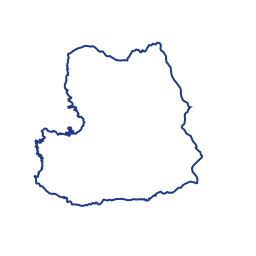 the district of Kota Palopo, Sulawesi Selatan, Indonesia, rotated 199°
{"feature_id": "22746128B54354608226928", "entity_name": "Kota Palopo", "entity_type": "district", "adm_level": 2, "iso_a3": "IDN", "parent_name": "Indonesia", "parent_adm1": "Sulawesi Selatan", "projection": "orthographic", "projection_center": [120.171, -2.987], "detail": "fine", "context": "isolated", "style": "outline", "palette": "blue", "viewbox_px": 256, "rotation_deg": 199, "n_neighbors": 0, "source": "geoboundaries", "source_scale": "gbopen_adm2", "svg_char_len": 5834}
<svg xmlns="http://www.w3.org/2000/svg" viewBox="0 0 256 256"><g transform="rotate(199 128 128)"><path d="M208.6,97.1L208.3,96.6L206.7,95.6L206.2,93.0L203.5,92.1L203.6,91.0L205.4,89.6L205.3,88.9L204.3,88.5L204.2,88.1L204.6,87.6L205.3,87.5L206.6,88.2L207.1,88.3L207.5,88.2L207.4,87.7L206.8,87.5L205.9,86.4L205.7,85.8L206.4,85.4L208.4,85.4L208.9,85.6L209.1,86.2L209.8,86.3L211.1,86.1L211.3,85.7L210.7,84.9L209.5,84.0L210.0,83.7L210.0,83.4L208.8,82.7L208.4,81.9L208.4,81.1L209.0,81.0L209.2,80.4L208.2,80.2L207.4,80.4L206.8,80.2L206.7,79.3L207.5,79.1L206.7,77.5L206.0,77.3L205.9,76.4L205.3,76.1L205.6,75.5L205.5,74.8L205.9,74.2L205.7,73.8L205.3,73.7L204.1,74.4L203.7,74.4L203.2,73.5L203.2,72.4L202.8,72.3L202.5,72.4L202.6,73.8L201.8,74.2L201.1,73.8L201.1,73.5L201.4,73.4L201.3,73.0L200.3,72.5L200.6,72.0L200.5,71.2L200.1,71.2L199.5,72.1L198.8,71.8L198.8,71.2L199.5,69.2L199.3,68.9L198.4,69.0L198.0,68.7L198.1,67.8L197.8,67.6L197.4,65.9L196.3,63.5L196.6,62.1L195.9,61.6L195.8,61.1L196.3,60.6L196.6,59.4L197.1,58.4L197.8,57.7L198.1,56.4L197.4,55.9L197.6,54.5L197.3,52.6L198.1,52.2L198.7,52.1L200.2,52.4L200.5,51.9L198.6,50.2L197.0,46.3L196.6,45.9L196.1,45.8L194.4,46.5L193.3,45.9L192.2,44.6L191.4,44.9L189.2,44.7L188.7,44.2L184.9,42.1L181.2,40.7L177.4,41.1L176.8,41.8L175.1,42.0L170.3,40.9L168.2,40.9L166.1,41.8L166.1,41.2L165.4,40.8L163.4,42.1L162.7,41.7L161.8,38.9L161.3,38.4L160.8,38.4L159.3,39.7L158.4,39.8L157.3,39.2L156.5,37.8L156.1,37.5L155.4,37.6L153.3,38.5L152.4,38.6L151.6,39.0L150.2,38.9L149.1,39.3L147.3,39.1L145.0,39.9L143.8,40.6L143.4,41.2L142.9,41.5L141.3,41.7L140.5,43.0L140.1,43.3L138.1,43.6L137.3,45.4L136.6,45.7L135.8,45.5L134.6,45.8L134.2,46.9L133.7,47.2L132.5,47.0L132.0,46.2L131.6,46.0L130.5,46.3L129.7,47.0L128.8,48.4L128.0,51.7L127.5,52.5L123.9,52.7L122.3,54.1L121.6,54.3L119.9,54.2L119.3,54.8L118.2,55.2L117.5,56.1L115.7,57.1L113.2,58.0L112.8,58.3L111.8,58.4L110.8,59.0L109.6,59.3L105.9,59.5L104.1,59.9L101.6,61.0L99.4,62.7L97.2,62.9L95.4,63.8L94.6,63.8L93.5,64.7L90.9,65.1L89.7,66.1L88.4,65.4L87.8,65.5L87.5,66.0L87.1,65.6L86.7,65.8L86.1,65.6L84.8,66.8L84.6,67.3L85.1,67.9L84.9,68.4L83.9,68.8L83.4,69.3L82.5,71.2L81.4,72.9L80.2,72.7L79.8,73.0L80.2,74.3L79.8,75.2L76.5,78.5L73.9,77.5L73.0,77.5L70.8,79.0L70.4,79.9L69.9,80.3L67.9,80.1L66.5,80.9L65.1,81.1L63.2,83.5L62.6,84.9L60.6,88.0L60.1,88.3L59.2,88.4L58.4,88.9L57.6,91.4L56.1,93.6L51.5,97.7L46.9,98.1L45.5,97.9L44.7,98.4L45.7,102.3L47.1,104.1L47.7,104.7L52.7,107.7L54.5,110.8L53.9,114.0L48.6,124.4L49.0,125.9L50.3,126.4L51.9,128.8L53.5,129.2L57.5,131.2L56.9,132.6L58.5,134.4L62.4,136.7L66.0,140.8L71.0,141.8L73.9,144.5L77.2,145.8L77.5,146.7L77.4,147.9L76.2,150.0L76.2,151.1L76.6,153.6L77.4,156.2L78.1,157.3L78.7,159.6L78.1,161.3L77.1,162.2L76.9,162.8L77.1,164.9L76.5,166.1L76.3,167.7L76.0,168.0L77.5,167.9L79.1,169.7L79.7,171.0L80.9,171.3L83.2,171.6L85.2,172.2L87.0,174.2L89.1,177.2L89.9,180.1L91.5,182.8L97.4,186.9L100.0,188.4L102.7,190.8L104.5,193.1L107.4,199.1L108.2,199.8L109.5,200.4L111.8,202.3L112.7,202.4L114.4,205.4L115.5,208.3L118.6,210.9L120.4,211.8L121.8,212.0L122.3,212.5L123.1,213.4L123.8,216.8L124.7,217.8L125.5,218.4L126.4,218.5L128.3,218.1L128.8,216.2L129.7,215.9L131.8,215.8L132.4,214.8L132.7,213.8L135.2,213.1L135.2,212.1L135.7,211.1L136.0,208.1L136.8,205.8L138.4,206.0L138.6,205.8L139.6,206.2L140.0,205.4L140.0,204.0L140.6,203.8L141.5,203.8L143.0,205.1L145.8,204.9L146.6,203.4L148.9,202.2L149.3,201.0L149.2,200.2L149.9,197.9L150.0,196.0L151.0,194.1L150.9,192.2L150.7,191.7L153.9,190.8L156.6,189.5L159.0,188.8L161.7,188.5L165.8,189.5L166.8,189.4L167.9,190.1L168.5,190.1L170.7,189.1L172.0,189.2L172.9,189.6L176.6,192.1L177.6,192.0L179.0,191.0L180.3,191.2L181.5,191.5L182.6,192.3L185.9,193.6L187.3,193.9L188.5,193.8L189.2,192.9L192.9,192.4L196.1,191.2L197.4,189.6L201.7,186.7L205.5,182.4L205.7,181.6L207.7,179.0L208.3,179.1L208.6,178.7L208.5,177.4L206.8,174.9L207.0,172.6L206.1,170.3L206.2,168.8L205.9,167.6L205.7,166.7L205.0,166.3L204.9,164.8L204.3,164.4L204.8,164.1L203.9,162.3L203.2,161.5L201.9,158.7L202.8,158.3L203.1,157.6L203.0,155.7L202.1,154.1L202.0,152.9L201.7,152.7L201.8,150.7L201.5,150.4L201.9,149.2L201.4,146.8L200.3,145.0L199.7,144.9L199.2,144.2L197.7,144.3L197.5,144.0L197.8,143.9L197.9,143.3L197.6,142.8L197.7,141.8L197.3,141.1L196.2,140.5L195.0,139.4L194.3,139.3L194.1,139.0L192.8,138.5L191.6,138.3L191.6,137.6L192.4,136.9L192.4,136.2L193.7,136.1L193.5,135.3L193.1,135.0L192.8,135.1L192.8,134.4L190.5,134.1L189.2,133.7L188.8,133.4L187.9,132.2L187.9,131.2L191.4,128.6L190.7,127.7L186.4,130.2L185.0,130.8L184.4,130.8L184.1,130.4L184.4,130.2L184.0,129.7L183.7,129.8L183.2,129.1L184.7,128.3L184.5,127.6L183.2,128.1L183.0,127.5L181.5,127.4L181.4,127.0L181.9,126.7L181.3,126.8L179.4,125.3L179.3,124.7L179.7,124.4L179.2,123.7L179.6,123.2L179.4,122.8L177.8,122.4L177.4,122.5L177.2,122.9L176.0,123.3L175.5,122.9L174.9,122.9L174.4,122.4L173.1,122.0L172.7,120.5L172.0,119.8L171.4,119.6L171.0,119.3L171.6,117.9L171.3,117.2L171.3,116.3L170.9,115.7L171.5,115.2L172.0,113.6L171.8,111.3L172.5,110.4L173.1,109.0L173.3,109.0L175.2,106.7L175.4,105.6L176.2,105.7L176.8,105.3L177.4,105.1L177.9,105.4L179.0,104.4L180.2,104.8L180.8,104.5L180.9,103.9L180.7,103.3L180.8,101.7L181.1,101.4L183.4,101.9L185.0,101.4L188.0,101.2L189.1,100.4L189.7,100.9L190.4,101.0L190.8,99.8L192.0,99.0L192.2,99.6L193.2,99.6L194.9,100.8L196.4,101.1L197.8,100.8L197.8,100.0L199.3,99.4L202.5,99.1L204.7,100.7L206.5,100.4L207.5,98.5L208.6,97.1ZM182.8,109.9L184.5,108.9L184.5,108.2L184.1,107.8L183.2,107.6L182.7,107.1L182.5,106.7L182.6,106.1L182.1,105.4L181.1,105.5L180.6,106.1L180.7,107.0L181.7,109.5L182.8,109.9ZM182.7,102.3L182.0,102.0L181.9,102.8L182.8,103.7L184.4,103.8L185.1,103.3L185.1,102.6L184.6,102.3L182.7,102.3ZM180.2,106.5L179.8,106.0L179.2,106.2L178.7,106.7L178.8,107.1L179.4,106.8L180.1,107.0L180.2,106.5Z" fill="none" stroke="#1e3a8a" stroke-width="2"/></g></svg>